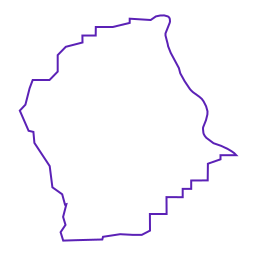 outline of Scott, Missouri, United States of America
{"feature_id": "52423323B46745928167529", "entity_name": "Scott", "entity_type": "district", "adm_level": 2, "iso_a3": "USA", "parent_name": "United States of America", "parent_adm1": "Missouri", "projection": "mercator", "projection_center": [-89.519, 37.056], "detail": "fine", "context": "isolated", "style": "outline", "palette": "violet", "viewbox_px": 256, "rotation_deg": 0, "n_neighbors": 0, "source": "geoboundaries", "source_scale": "gbopen_adm2", "svg_char_len": 1118}
<svg xmlns="http://www.w3.org/2000/svg" viewBox="0 0 256 256"><path d="M63.2,240.6L75.6,240.2L94.3,239.7L102.3,239.5L103.0,236.8L120.1,234.2L133.5,234.9L141.7,234.9L150.0,230.6L149.9,214.0L166.6,214.0L166.5,197.1L182.7,197.2L182.7,188.9L191.2,188.9L191.2,180.5L207.7,180.4L207.9,163.7L220.5,159.3L220.5,155.2L236.2,155.2L234.2,153.1L231.5,151.2L227.8,149.0L221.0,145.8L213.5,143.2L206.3,137.8L204.7,135.8L203.7,133.9L203.4,132.8L203.0,128.9L203.1,127.4L206.0,120.1L207.4,114.4L207.5,111.3L206.1,106.3L203.6,101.4L201.8,98.9L199.4,96.8L193.0,92.2L191.0,90.3L189.8,88.9L184.7,81.3L180.3,73.4L178.9,68.1L170.7,52.8L168.1,46.2L167.7,44.0L165.5,35.5L165.5,33.4L169.7,22.8L170.0,21.5L169.8,19.0L169.5,18.1L168.7,17.0L167.8,16.4L164.2,15.4L160.2,15.5L155.9,16.4L150.7,20.0L129.7,18.7L129.7,22.9L112.7,27.0L95.8,27.0L95.7,35.5L90.0,35.5L82.4,35.5L82.5,42.5L65.8,46.8L57.7,55.1L57.7,71.6L49.5,80.0L32.7,80.0L29.6,88.3L25.4,104.7L19.8,110.6L28.6,130.8L33.4,131.9L34.4,142.9L49.7,166.1L52.4,187.3L62.2,194.3L65.0,204.6L66.4,204.2L63.1,216.9L65.5,224.9L60.6,232.2L63.2,240.6Z" fill="none" stroke="#5b21b6" stroke-width="2"/></svg>